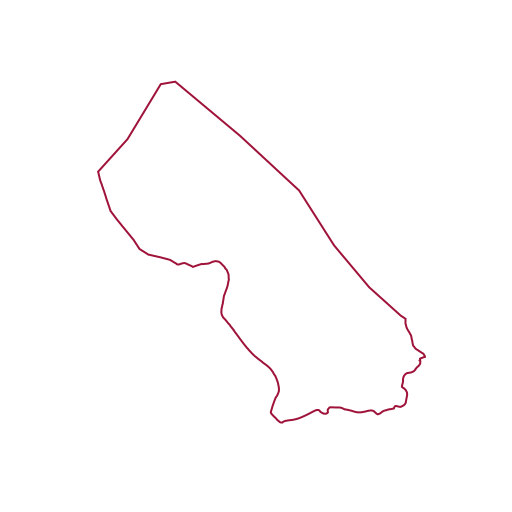 outline of Monchy/Cardinal, Gros Islet, Saint Lucia, rotated 67°
{"feature_id": "8701671B69664820658119", "entity_name": "Monchy/Cardinal", "entity_type": "district", "adm_level": 2, "iso_a3": "LCA", "parent_name": "Saint Lucia", "parent_adm1": "Gros Islet", "projection": "robinson", "projection_center": [-60.917, 14.062], "detail": "fine", "context": "isolated", "style": "outline", "palette": "rose", "viewbox_px": 512, "rotation_deg": 67, "n_neighbors": 0, "source": "geoboundaries", "source_scale": "gbopen_adm2", "svg_char_len": 5526}
<svg xmlns="http://www.w3.org/2000/svg" viewBox="0 0 512 512"><g transform="rotate(67 256 256)"><path d="M409.9,302.5L411.1,302.0L411.8,301.7L412.1,301.5L412.9,301.2L413.5,301.0L414.1,300.8L415.4,300.4L417.2,299.4L418.0,299.1L418.4,298.8L418.6,298.6L418.8,298.4L419.2,297.7L419.6,296.8L419.3,296.1L419.2,295.1L419.2,293.6L419.6,292.3L419.7,291.3L420.6,288.2L421.1,286.6L421.7,283.5L422.1,280.4L422.2,277.0L422.1,272.7L422.0,271.0L421.8,268.0L421.5,264.3L421.4,262.8L421.4,261.5L421.4,260.9L421.6,259.9L421.8,259.5L422.2,258.7L422.6,258.3L423.1,258.0L424.2,257.7L424.8,257.5L426.7,256.1L427.2,255.6L427.6,255.2L428.5,253.3L428.5,252.3L428.5,251.7L427.9,250.8L426.9,250.6L426.0,250.3L425.3,249.7L425.1,249.4L424.2,247.6L424.2,247.1L425.6,243.8L426.3,242.5L427.9,238.7L428.4,237.8L429.2,236.6L431.1,234.9L432.0,234.1L432.3,233.3L432.5,233.1L432.7,232.9L433.6,231.4L434.8,229.9L435.7,228.6L437.1,227.0L438.1,225.8L438.9,224.7L439.8,223.2L440.8,220.8L441.2,219.3L441.9,216.1L442.2,213.8L442.8,211.3L443.3,210.0L444.2,208.8L445.2,208.0L447.1,207.2L448.6,206.4L449.3,205.8L449.4,204.8L449.4,203.3L448.7,200.8L448.6,200.3L448.5,198.8L448.6,197.4L448.9,196.3L448.9,194.9L449.1,194.1L449.1,193.4L449.3,192.8L449.6,192.0L450.2,188.7L449.1,187.6L448.7,186.9L448.6,186.3L448.8,185.7L449.1,185.2L450.5,183.4L451.3,182.1L451.4,181.7L451.2,178.5L450.7,177.1L449.7,175.6L449.2,175.3L445.7,173.0L443.2,171.3L442.8,171.1L441.8,170.7L440.6,170.4L439.7,170.4L438.6,170.5L437.8,170.6L436.3,171.2L435.4,171.6L434.7,172.2L434.1,172.5L433.5,172.8L432.8,172.5L429.7,170.2L428.7,169.5L427.7,169.2L427.4,169.1L427.2,169.0L426.5,168.6L426.1,168.3L425.4,167.8L425.1,167.6L424.5,166.9L423.8,166.0L423.1,164.5L422.8,162.8L422.9,162.4L423.8,158.7L423.8,157.4L423.7,155.7L423.3,154.7L422.9,153.7L422.5,153.5L421.7,152.0L421.5,151.5L421.0,150.4L420.9,149.6L420.3,148.6L420.0,148.0L419.7,147.5L419.0,146.8L417.2,145.9L416.3,145.7L416.0,146.1L415.7,145.8L414.9,145.0L414.6,145.0L414.6,143.8L414.7,141.2L414.9,139.9L414.2,139.7L413.7,139.8L412.6,139.9L411.6,140.1L410.9,140.4L410.0,141.1L408.8,141.9L407.8,142.6L406.7,143.3L405.6,144.0L404.6,144.8L403.7,145.3L402.6,145.6L401.4,145.9L400.5,146.2L399.4,146.3L396.8,145.8L395.0,145.3L392.7,145.0L391.7,144.7L390.3,144.4L389.0,144.4L387.8,144.6L386.9,144.6L385.6,144.8L384.5,145.0L383.0,145.2L382.2,145.3L380.6,145.3L379.4,145.2L378.2,144.9L377.0,144.9L375.9,144.5L374.7,144.0L373.6,143.5L372.7,143.1L372.2,142.9L367.4,146.1L329.1,164.0L276.7,180.0L212.6,190.7L139.0,223.8L64.0,262.2L60.6,276.5L98.2,328.6L116.7,368.4L118.0,368.6L118.8,368.7L119.7,368.9L121.0,369.1L122.0,369.3L123.3,369.5L124.4,369.7L125.2,369.8L126.2,369.9L127.3,370.0L128.9,370.0L130.5,370.1L131.1,370.2L133.0,370.3L134.0,370.4L135.6,370.5L137.1,370.5L138.3,370.7L139.5,370.8L140.5,370.9L141.8,371.0L143.1,371.1L144.5,371.3L145.5,371.4L146.5,371.5L147.5,371.5L148.8,371.6L149.8,371.7L151.0,371.8L151.3,371.8L152.6,371.9L154.3,372.0L155.7,372.2L156.8,372.2L157.7,372.3L158.4,372.1L159.3,371.9L160.6,371.6L161.6,371.3L162.6,371.1L163.7,370.8L165.1,370.5L166.2,370.2L167.4,369.9L168.5,369.6L169.7,369.3L171.2,368.8L172.3,368.5L173.7,368.1L174.4,367.9L175.9,367.5L176.9,367.2L177.9,366.9L179.2,366.5L180.5,366.1L181.7,365.8L183.0,365.4L184.4,365.0L185.7,364.6L186.8,364.3L187.5,364.1L188.9,363.7L190.0,363.4L190.9,363.1L191.9,362.8L192.9,362.5L193.6,362.3L194.1,362.2L195.0,362.1L196.1,361.9L197.2,361.7L198.5,361.5L199.8,361.2L200.7,361.1L201.7,360.9L202.6,360.7L203.5,360.6L204.0,360.5L204.9,359.9L205.4,359.5L206.4,358.9L207.3,358.2L208.3,357.5L209.2,356.9L210.5,356.0L211.5,355.3L212.2,354.8L212.7,354.5L213.2,353.7L213.6,353.1L214.1,352.5L214.8,351.5L215.4,350.7L216.3,349.5L217.1,348.3L217.8,347.4L218.4,346.5L219.3,345.3L220.0,344.3L220.8,343.3L221.6,342.3L222.4,341.2L222.9,340.6L223.5,339.8L224.2,338.9L225.0,337.9L225.6,337.2L226.0,336.6L226.3,336.4L226.9,336.0L227.5,335.5L228.1,335.1L228.5,334.8L229.4,334.2L230.6,333.3L231.5,332.6L231.8,332.4L233.0,331.8L233.2,331.4L233.7,330.1L233.9,327.3L234.2,325.6L234.5,324.7L235.2,323.7L236.4,322.6L237.6,321.6L238.2,321.0L239.9,319.4L241.4,318.3L241.7,313.3L242.1,309.1L242.4,308.7L242.8,307.7L244.3,303.0L244.4,301.8L244.4,301.5L244.4,300.0L244.4,297.9L244.6,296.9L244.9,295.2L245.4,294.4L246.1,293.4L246.6,292.5L247.3,292.1L248.1,291.5L249.6,290.9L253.9,289.2L255.3,289.2L257.2,288.4L257.8,288.4L260.5,288.4L262.1,288.5L263.0,288.7L263.6,289.0L266.0,289.9L267.2,290.2L267.7,290.6L268.8,291.5L269.6,292.0L271.9,293.5L274.2,295.4L276.7,297.8L278.8,299.7L279.9,300.8L281.0,301.6L284.3,303.6L285.2,304.3L286.8,305.1L287.8,306.0L289.5,307.1L290.5,307.9L291.4,308.5L294.3,309.9L295.0,310.1L296.0,310.3L296.3,310.4L298.5,310.4L298.9,310.3L299.9,310.2L300.4,310.0L301.2,309.7L301.9,309.4L302.5,309.2L304.3,308.6L307.0,307.9L309.3,307.0L310.5,306.9L312.2,306.4L313.6,306.0L314.1,305.8L315.1,305.7L315.3,305.5L316.4,305.3L317.6,305.2L319.6,304.6L326.5,303.0L332.1,301.6L337.1,300.2L338.0,299.8L339.8,299.3L342.5,298.3L344.0,297.8L346.8,296.6L347.8,296.2L349.3,295.3L350.9,294.5L353.5,293.1L354.1,292.7L355.1,292.1L356.0,291.7L357.5,290.9L358.3,290.4L360.3,289.2L361.4,288.6L364.1,287.3L366.1,286.6L369.5,285.8L371.8,285.6L372.7,285.4L373.8,285.1L374.6,285.1L375.1,285.1L376.0,285.1L376.4,285.1L377.5,285.1L377.9,285.2L379.6,285.2L381.4,285.4L385.3,286.2L386.5,286.5L388.2,287.2L389.6,287.9L389.9,288.3L390.8,289.0L392.9,291.3L393.3,292.0L394.3,293.5L396.7,295.8L400.5,299.3L402.5,300.9L405.2,303.2L406.3,303.6L407.1,303.4L407.9,303.2L409.9,302.5Z" fill="none" stroke="#9f1239" stroke-width="2"/></g></svg>